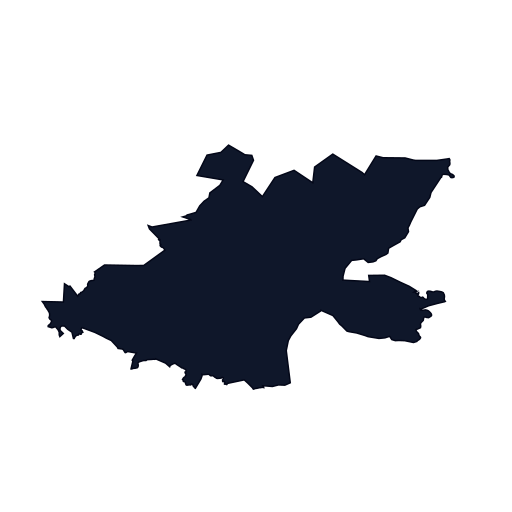 Tecoanapa, Guerrero, Mexico (Natural Earth projection), rotated 105°
{"feature_id": "50627088B15392276223600", "entity_name": "Tecoanapa", "entity_type": "district", "adm_level": 2, "iso_a3": "MEX", "parent_name": "Mexico", "parent_adm1": "Guerrero", "projection": "natural_earth1", "projection_center": [-99.252, 16.971], "detail": "fine", "context": "isolated", "style": "filled", "palette": "ink", "viewbox_px": 512, "rotation_deg": 105, "n_neighbors": 0, "source": "geoboundaries", "source_scale": "gbopen_adm2", "svg_char_len": 6000}
<svg xmlns="http://www.w3.org/2000/svg" viewBox="0 0 512 512"><g transform="rotate(105 256 256)"><path d="M128.2,158.7L128.3,165.9L149.4,172.2L147.9,175.1L137.7,208.2L154.9,222.4L170.6,220.1L163.4,241.4L175.3,258.0L197.0,265.2L190.2,277.8L187.5,287.8L164.2,283.2L159.9,286.1L161.1,293.0L160.3,295.6L156.0,311.2L165.0,316.7L171.2,329.4L193.5,333.9L191.0,307.4L197.1,309.2L207.0,316.9L212.0,316.5L216.5,320.3L222.1,323.3L229.4,325.2L233.2,331.4L233.9,332.7L234.6,333.5L235.4,333.9L237.2,336.9L237.8,327.5L254.9,363.9L254.5,368.0L257.4,365.9L264.8,353.4L265.3,354.2L266.0,353.4L266.4,352.4L268.5,352.1L269.0,351.6L269.2,351.2L269.6,350.8L270.2,351.0L270.3,351.4L270.9,351.2L271.8,349.7L272.0,347.6L273.9,345.5L294.2,362.0L296.2,369.1L303.9,400.0L313.1,407.8L313.2,407.5L313.8,407.1L315.2,406.8L315.5,407.1L316.2,406.9L316.9,406.5L317.7,406.2L319.7,406.4L320.2,406.2L321.4,406.3L321.8,407.1L322.4,408.7L323.4,410.3L323.9,410.7L325.1,410.9L325.7,411.2L327.0,411.3L328.2,410.8L329.0,410.8L330.5,411.6L331.5,412.7L332.4,413.0L334.2,413.4L336.0,414.8L336.4,415.4L336.5,415.7L336.7,415.9L337.0,416.0L337.7,415.9L338.0,416.1L338.5,417.1L339.0,417.3L341.0,417.8L333.2,427.9L334.0,428.9L332.4,433.8L350.3,430.1L355.3,450.6L357.3,448.1L359.5,446.2L360.7,444.6L361.3,444.1L362.1,443.0L362.9,442.3L363.7,441.4L365.2,440.4L367.1,439.9L369.2,439.9L370.4,438.7L370.8,437.5L371.3,436.8L371.9,436.6L373.6,436.8L374.9,437.2L376.4,438.3L377.1,438.7L378.0,438.5L378.2,434.6L377.4,433.2L376.5,432.0L376.4,431.4L376.5,430.8L377.1,430.1L378.3,428.3L379.6,427.1L380.7,426.3L381.2,426.1L381.9,426.0L383.2,425.6L384.6,424.6L380.7,422.1L378.7,425.7L377.2,426.6L375.9,426.5L374.8,426.4L373.9,425.6L373.2,422.8L375.5,418.9L377.2,414.1L382.9,411.0L382.9,410.4L382.6,410.2L381.9,410.2L379.7,409.3L378.9,408.4L378.3,407.1L377.7,407.3L377.1,407.1L376.9,406.8L377.1,405.5L376.7,404.6L375.2,404.4L374.7,404.1L374.5,403.6L373.3,404.5L373.1,406.1L370.2,405.6L371.5,391.8L373.2,383.0L374.1,379.4L375.1,373.9L379.8,366.4L381.0,365.3L380.5,361.4L380.6,360.2L383.1,357.5L383.1,356.9L381.5,355.3L380.7,346.3L384.1,347.4L388.7,348.6L389.5,347.7L397.4,347.5L397.3,346.8L396.4,345.6L395.6,343.5L394.7,341.8L394.0,341.4L393.0,341.3L391.8,341.5L390.5,342.2L389.9,342.3L388.9,341.9L388.0,340.7L386.2,337.9L385.4,335.2L384.3,334.3L382.9,330.0L382.3,328.5L382.0,327.1L381.7,326.4L381.3,326.4L382.9,315.6L385.3,310.7L384.1,310.6L383.8,310.4L381.8,308.4L381.0,307.1L380.6,306.9L380.5,306.4L381.3,304.5L382.8,299.9L383.1,299.2L383.3,298.5L383.2,298.3L383.1,297.5L383.4,297.1L383.8,294.8L384.2,294.3L385.0,293.7L386.0,293.8L386.3,293.9L386.3,294.3L386.5,294.5L387.2,294.2L388.7,292.8L389.5,292.8L389.9,293.1L390.9,293.2L391.9,294.1L392.8,294.6L394.3,295.0L394.6,294.2L395.6,294.0L395.8,293.7L396.0,293.2L396.1,291.5L396.5,291.3L397.3,291.1L398.5,290.2L398.7,289.8L398.5,288.8L397.8,287.3L397.4,285.6L396.3,285.4L396.3,284.7L396.4,284.4L396.4,283.8L397.4,283.3L398.3,282.5L398.6,281.8L398.9,280.7L400.1,280.5L389.2,277.4L385.6,277.1L384.3,277.7L384.3,276.1L383.0,272.6L382.8,272.2L382.5,270.6L382.5,270.3L383.1,269.7L383.4,268.9L383.4,268.6L383.1,267.5L382.7,266.7L382.7,266.4L383.7,264.5L383.8,263.4L384.3,262.8L384.3,261.9L384.2,261.3L383.6,259.7L382.9,258.0L382.3,257.9L382.1,257.6L382.0,257.4L381.9,256.6L382.1,256.1L382.9,255.9L384.4,256.2L385.6,255.8L385.8,255.6L386.0,255.2L385.3,254.3L385.4,253.9L386.2,253.3L387.6,253.4L387.9,253.3L387.9,252.9L387.4,251.3L387.4,251.0L387.5,250.9L386.4,250.5L378.7,235.3L380.8,231.2L382.7,227.9L384.2,225.3L385.3,224.1L385.0,223.5L384.3,222.6L383.7,221.2L383.4,220.9L383.2,220.0L382.5,219.1L382.2,217.9L381.8,217.3L381.4,216.1L381.0,215.3L381.1,214.9L381.1,214.5L380.1,215.0L379.5,215.8L377.8,206.4L374.7,200.9L373.3,194.7L369.6,190.1L339.5,202.3L329.4,202.9L324.2,201.7L315.8,198.1L310.9,197.3L303.3,193.2L300.9,187.1L292.5,179.4L291.6,179.3L293.6,166.3L298.3,159.8L300.1,157.6L301.3,155.0L305.0,148.7L305.0,146.5L304.3,138.8L304.6,130.0L304.9,126.9L303.8,115.9L301.7,110.3L299.0,106.1L301.6,103.2L301.7,99.5L300.6,96.1L299.3,90.4L298.8,81.5L296.9,78.5L296.4,78.4L296.0,78.2L294.4,76.7L293.7,76.3L292.5,75.9L292.0,76.0L291.7,76.3L290.8,77.8L288.8,79.0L287.5,81.2L286.4,82.2L286.0,82.4L285.6,82.4L285.2,82.1L285.0,81.4L283.7,79.8L282.7,78.6L281.9,78.6L280.8,78.8L279.9,79.3L278.2,79.6L277.0,79.0L275.1,77.9L274.7,77.8L272.8,78.0L271.8,77.9L271.4,77.6L271.1,76.9L271.2,75.2L270.9,73.3L269.0,71.5L268.2,71.1L267.6,71.1L266.6,71.7L265.6,72.9L264.4,75.2L264.1,76.8L264.2,78.4L264.9,79.9L265.4,81.2L265.5,82.5L265.4,83.0L265.2,83.4L264.5,83.8L264.6,83.0L259.4,76.4L254.8,68.4L251.3,61.9L250.8,61.4L250.4,62.0L249.5,62.8L248.8,63.1L246.5,63.4L244.9,64.0L243.0,65.6L242.6,67.3L242.7,69.3L243.0,72.2L243.7,73.7L244.6,74.8L244.9,75.4L245.0,76.4L244.9,78.1L245.1,79.5L245.3,80.4L245.6,80.9L246.1,81.3L247.3,81.5L247.9,81.3L248.5,80.4L248.8,80.2L250.1,79.8L251.3,79.6L251.8,79.4L252.5,79.2L253.3,79.5L253.7,80.0L253.9,80.8L253.9,81.4L253.8,82.0L253.4,83.0L252.8,83.7L252.6,84.4L253.7,86.0L252.8,87.9L252.9,88.9L252.1,89.4L249.7,89.2L249.3,89.4L249.9,89.8L250.8,91.0L250.5,92.2L250.1,92.5L249.8,92.5L248.9,91.8L249.8,93.9L247.9,92.6L245.6,100.2L245.2,102.7L244.0,109.8L242.0,120.0L241.3,126.8L245.6,142.1L251.3,139.7L256.8,165.8L252.9,166.7L244.9,166.8L235.5,162.5L233.7,157.8L230.8,151.3L233.2,146.0L231.4,141.5L229.6,139.0L227.2,138.2L224.1,134.9L220.9,130.9L219.0,129.4L214.2,129.9L210.5,126.2L205.0,120.5L202.7,120.0L199.9,117.0L193.0,115.0L189.5,116.5L186.5,115.8L183.0,115.3L168.9,112.4L166.1,110.5L163.4,106.3L154.4,103.3L149.4,103.4L132.2,97.7L131.9,97.2L129.6,97.2L128.9,96.7L128.5,95.8L128.0,93.6L127.8,91.4L127.9,90.3L129.5,88.4L129.7,88.1L129.7,87.5L129.5,86.7L128.8,85.3L128.0,85.2L127.4,85.4L126.6,86.8L126.3,87.8L126.2,89.4L126.0,89.8L124.9,91.3L123.9,92.1L123.5,92.6L122.8,93.1L120.6,93.8L119.8,93.5L117.8,92.5L117.4,92.5L116.2,92.7L114.6,93.4L113.0,93.6L112.5,94.0L111.9,94.6L112.7,96.3L116.8,105.9L122.4,126.8L122.6,128.7L122.7,137.3L128.2,158.7Z" fill="#0f172a" stroke="#020617" stroke-width="1.5"/></g></svg>